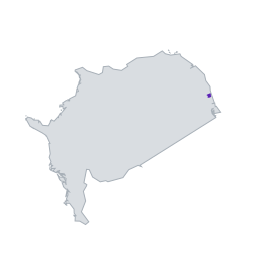 location of Benton, Oregon, United States of America, rotated 158°
{"feature_id": "52423323B6989914060643", "entity_name": "Benton", "entity_type": "district", "adm_level": 2, "iso_a3": "USA", "parent_name": "United States of America", "parent_adm1": "Oregon", "projection": "orthographic", "projection_center": [-123.35, 44.499], "detail": "fine", "context": "in_parent", "style": "filled", "palette": "violet", "viewbox_px": 256, "rotation_deg": 158, "n_neighbors": 0, "source": "geoboundaries", "source_scale": "gbopen_adm2", "svg_char_len": 4138}
<svg xmlns="http://www.w3.org/2000/svg" viewBox="0 0 256 256"><g transform="rotate(158 128 128)"><path d="M194.6,76.2L202.6,67.7L199.5,55.7L203.5,54.4L207.6,59.7L211.9,61.6L209.9,65.9L210.5,67.1L209.1,66.3L209.8,69.2L208.4,73.0L210.3,80.1L213.3,81.2L214.1,80.0L213.2,79.2L213.8,79.4L214.6,80.5L212.3,83.9L211.0,83.1L211.8,85.1L208.7,88.4L207.4,92.8L206.9,91.3L206.2,90.7L207.3,94.3L208.3,94.3L209.6,97.1L209.6,101.9L206.6,101.3L206.6,98.3L206.0,100.8L207.9,102.7L209.4,103.5L210.4,104.9L210.9,112.2L209.8,108.2L206.2,106.3L205.6,101.9L204.3,104.4L207.7,109.0L205.0,108.8L204.5,109.4L204.2,107.4L204.0,106.9L204.0,108.7L204.5,109.8L208.3,109.7L208.2,111.1L206.0,110.2L205.4,110.2L208.0,111.3L208.9,111.2L209.2,112.8L207.8,112.4L210.2,113.4L210.0,113.9L208.8,113.4L206.9,114.2L209.9,114.5L211.2,113.4L214.9,117.2L212.0,114.4L213.5,116.5L210.7,117.9L213.7,118.9L214.3,117.5L214.2,120.5L211.4,121.6L213.4,121.6L212.6,123.6L214.5,123.3L212.0,125.8L212.1,130.4L209.8,133.2L207.2,143.2L206.2,142.9L206.5,150.1L206.8,151.7L209.4,155.6L218.2,166.2L219.2,174.1L217.2,175.8L213.9,173.4L212.5,170.6L208.2,168.8L208.7,166.6L207.3,167.5L206.3,162.5L201.1,159.9L195.9,164.2L194.0,162.0L188.4,164.7L188.7,163.2L188.1,164.8L185.7,166.6L185.0,164.5L185.0,166.2L177.2,170.4L180.9,169.9L180.3,172.4L183.5,173.1L182.5,174.7L178.8,173.5L179.2,175.6L175.0,176.5L172.0,175.0L171.0,176.9L164.5,177.4L161.7,181.5L162.4,180.4L160.3,180.4L160.2,184.2L156.9,187.8L157.6,186.8L155.1,187.4L156.2,188.2L153.6,190.7L153.3,194.9L151.9,194.8L153.2,195.4L154.2,198.9L155.8,200.6L155.1,201.6L147.4,201.3L144.7,196.6L135.0,188.5L130.9,189.0L127.9,194.1L122.7,192.6L119.7,188.2L112.5,183.9L105.2,185.3L105.5,187.5L93.6,189.6L77.4,184.8L67.3,186.6L65.6,182.9L61.1,179.6L52.1,177.3L51.9,174.5L44.2,162.6L44.4,161.3L46.0,162.9L44.9,160.3L48.1,160.0L42.2,160.4L37.1,149.0L38.1,142.9L36.4,136.0L37.9,131.6L38.6,118.8L41.3,119.1L38.3,118.5L39.1,115.1L38.1,115.1L36.3,107.9L42.7,109.1L41.5,112.9L43.6,110.2L43.5,113.4L41.9,114.2L43.1,114.3L44.2,113.0L44.6,109.7L42.7,104.8L130.6,89.0L130.0,87.2L132.7,89.6L143.0,89.1L151.3,83.9L166.8,85.7L168.3,87.5L173.9,88.5L179.2,95.8L179.5,103.9L181.9,105.2L189.4,93.7L187.4,91.0L188.0,90.0L193.1,86.0L194.6,76.2ZM210.4,88.8L211.7,87.2L207.6,93.4L210.6,87.6L210.4,88.8ZM43.2,107.9L44.1,109.9L44.1,110.2L42.9,108.7L43.2,107.9ZM155.6,200.0L154.0,197.3L153.7,195.5L154.2,197.3L155.6,200.0ZM210.4,65.8L210.9,66.7L210.6,66.7L210.4,65.8ZM172.3,175.9L172.7,176.5L171.9,176.2L172.3,175.9ZM55.7,180.2L56.7,179.7L56.7,179.8L55.7,180.2ZM54.6,179.9L54.2,180.5L53.8,180.0L54.6,179.9ZM213.7,82.8L213.6,83.7L213.4,83.7L213.7,82.8ZM153.9,193.7L153.6,195.3L154.3,192.1L153.9,193.7ZM215.5,162.6L217.2,164.8L215.3,162.5L215.5,162.6ZM61.0,182.3L61.5,183.1L61.0,182.4L61.0,182.3ZM219.6,174.2L219.2,175.5L219.7,173.1L219.6,174.2ZM215.9,118.6L215.8,120.1L215.1,117.3L215.9,118.6ZM42.3,106.2L42.4,106.8L42.0,106.5L42.3,106.2ZM156.4,188.8L155.2,189.9L156.4,188.6L156.4,188.8ZM215.1,81.9L215.5,82.5L215.0,82.7L215.1,81.9ZM61.1,184.5L61.5,185.5L61.0,184.6L61.1,184.5ZM154.9,190.5L154.5,191.1L154.8,190.4L154.9,190.5ZM210.7,106.1L210.8,108.0L210.5,105.6L210.7,106.1ZM161.4,182.3L160.7,183.1L161.7,181.7L161.4,182.3ZM206.9,150.7L207.1,151.9L206.8,151.2L206.9,150.7ZM214.8,123.3L214.7,123.7L215.0,122.4L214.8,123.3ZM197.9,162.8L197.1,163.9L196.7,164.0L197.9,162.8ZM185.2,166.6L185.1,166.9L184.5,167.1L185.2,166.6ZM211.5,171.3L211.9,172.0L211.3,171.2L211.5,171.3ZM183.2,169.4L183.3,170.2L182.8,168.9L183.2,169.4ZM218.2,177.4L217.7,177.8L218.3,177.1L218.2,177.4ZM209.7,97.6L209.8,98.5L209.6,97.3L209.7,97.6ZM215.4,120.6L215.3,121.1L215.2,121.1L215.4,120.6Z" fill="#d9dde1" stroke="#a8b0b8" stroke-width="1"/><path d="M41.5,126.4L41.4,126.4L41.0,126.4L40.2,126.4L39.9,126.4L39.9,126.7L39.9,127.5L39.9,127.8L39.5,127.8L39.5,128.1L39.4,128.2L39.4,128.3L39.1,128.3L39.3,128.4L39.3,128.6L39.5,128.6L39.9,128.6L40.7,128.6L40.9,128.6L41.4,128.6L41.3,128.4L41.2,128.4L41.3,128.3L41.2,128.2L41.3,128.2L41.2,128.1L41.3,128.1L41.3,127.9L41.3,127.7L41.2,127.4L41.1,127.2L41.3,127.1L41.5,126.9L41.8,126.7L41.7,126.6L41.5,126.4Z" fill="#8b5cf6" stroke="#5b21b6" stroke-width="1.5"/></g></svg>